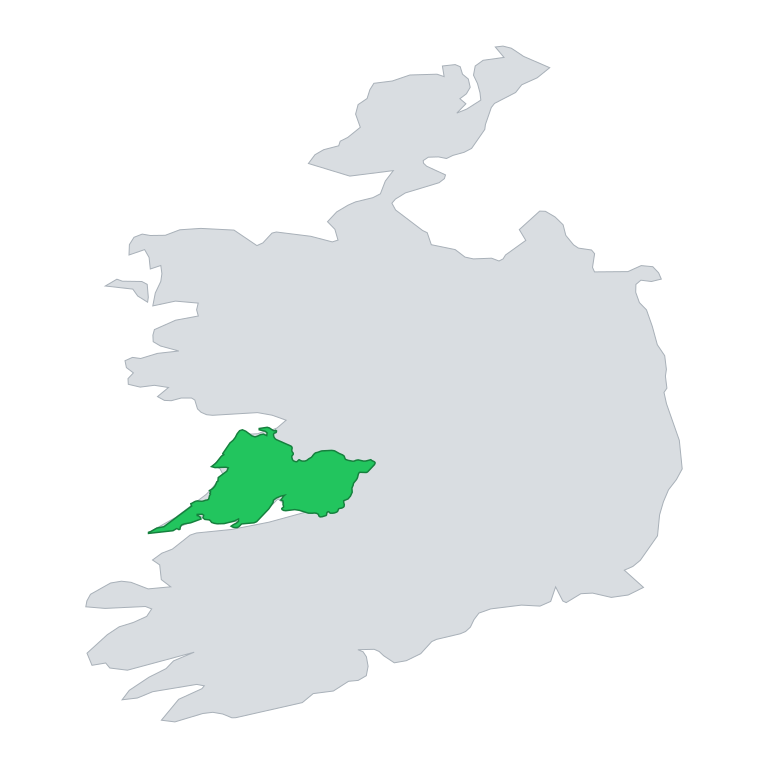 Ireland, with Clare highlighted
{"feature_id": "IRL-76", "entity_name": "Clare", "entity_type": "County", "adm_level": 1, "iso_a3": "IRL", "parent_name": "Ireland", "parent_adm1": "", "projection": "robinson", "projection_center": [-8.993, 52.861], "detail": "fine", "context": "in_parent", "style": "filled", "palette": "green", "viewbox_px": 768, "rotation_deg": 0, "n_neighbors": 0, "source": "natural_earth", "source_scale": "10m", "svg_char_len": 7036}
<svg xmlns="http://www.w3.org/2000/svg" viewBox="0 0 768 768"><path d="M515.6,92.5L494.5,103.4L491.3,107.5L485.4,124.6L484.8,129.4L471.6,148.4L464.1,152.3L452.9,155.4L446.5,158.5L438.5,156.9L428.3,157.2L423.2,160.6L423.5,163.2L426.6,166.2L445.5,174.9L444.4,178.6L439.1,182.7L405.4,192.9L395.4,199.1L391.9,203.2L395.6,210.0L422.6,230.5L427.2,232.7L431.3,244.7L455.2,249.6L465.0,257.1L473.4,258.9L491.6,258.2L499.0,261.0L503.1,258.9L505.5,255.0L525.8,240.4L519.3,229.6L539.7,211.1L545.4,211.3L555.1,217.0L563.1,224.8L565.8,235.4L573.5,244.8L578.4,248.1L591.5,250.0L594.6,253.7L592.5,267.4L594.5,271.9L627.9,271.6L641.2,265.6L652.8,266.7L658.6,272.8L661.3,279.1L651.4,281.5L640.9,280.2L635.9,284.4L635.7,292.3L639.4,302.6L646.5,309.9L652.3,326.4L657.3,344.7L664.7,355.7L666.4,369.4L665.4,376.1L666.9,388.2L664.0,392.4L666.5,403.8L679.3,440.3L682.2,468.9L676.4,479.6L668.5,489.8L663.4,501.8L659.6,514.8L657.5,535.8L640.3,560.3L632.9,566.4L624.3,570.2L643.5,587.4L628.2,595.0L611.3,597.4L592.6,593.1L580.9,593.7L566.2,602.6L562.8,601.0L555.6,586.9L550.7,601.4L540.0,606.1L521.5,605.1L490.7,608.9L478.9,613.1L474.0,619.6L470.4,627.1L465.6,631.5L460.2,633.8L436.4,639.4L431.7,641.6L420.7,653.7L406.3,660.7L394.3,662.8L383.6,655.7L379.2,651.5L374.2,649.3L357.9,649.7L363.1,651.8L366.4,656.8L368.1,666.3L366.3,675.7L358.2,680.4L348.5,681.3L333.4,691.0L313.2,693.6L302.3,702.6L235.7,717.7L231.9,717.8L222.7,714.0L212.8,712.3L202.8,713.5L174.9,721.9L161.4,720.2L178.7,699.3L201.9,688.7L204.3,685.8L196.7,684.4L152.7,691.7L137.4,698.0L122.1,699.8L129.3,690.3L149.0,677.2L166.1,668.6L173.5,660.9L194.2,652.2L127.4,670.2L109.8,668.0L105.7,663.0L92.0,665.3L87.0,653.2L107.3,634.7L119.2,626.8L133.2,622.5L146.7,616.4L151.7,608.9L145.4,606.5L105.1,608.4L85.8,606.8L86.9,600.9L90.5,594.3L110.6,583.0L121.4,581.2L131.0,582.3L148.1,588.9L170.7,586.8L161.3,579.6L159.7,564.9L152.5,560.0L161.8,553.2L172.4,549.1L190.1,535.1L196.4,533.0L231.3,529.5L268.9,522.2L306.2,512.0L287.1,506.3L278.0,498.8L263.2,514.0L252.6,519.8L222.7,522.9L213.2,521.2L199.9,516.5L195.8,518.3L191.9,521.9L172.1,529.3L151.2,531.1L175.5,517.5L206.3,494.3L213.1,487.0L222.9,474.3L219.9,468.6L213.6,465.4L235.9,439.2L243.7,434.5L257.9,433.7L268.3,429.6L272.9,429.6L277.0,428.0L286.1,420.2L272.1,415.2L257.5,412.6L212.6,415.3L206.6,414.7L201.1,412.3L197.5,408.9L194.8,400.0L191.5,398.0L181.3,398.0L171.3,400.7L164.4,400.4L157.5,396.6L168.5,387.5L154.4,385.3L140.2,387.1L128.3,384.3L128.0,378.6L133.4,372.9L126.4,367.6L125.0,360.7L132.5,357.4L140.7,358.5L157.4,353.4L178.8,351.0L160.5,346.0L153.2,341.7L152.9,335.2L154.4,329.6L175.6,320.2L198.3,316.0L196.6,309.8L198.2,303.1L175.4,301.1L152.8,305.9L155.3,293.0L160.8,281.4L161.9,273.7L160.8,265.5L150.3,269.0L149.1,257.5L144.6,249.6L129.0,255.0L129.4,244.6L134.0,237.3L142.2,234.1L150.3,235.5L165.3,235.3L179.8,229.8L200.7,228.4L234.0,230.1L256.9,245.6L262.9,242.9L272.0,233.1L276.3,232.0L310.8,236.3L332.3,241.9L338.0,240.1L334.9,229.3L327.5,221.7L336.7,211.9L348.0,205.2L355.5,201.9L372.8,197.7L380.4,193.8L385.3,181.1L393.3,170.6L349.8,176.1L308.4,163.5L315.0,154.7L323.7,149.7L338.7,145.8L340.2,141.2L347.8,137.4L360.3,127.3L355.6,114.1L358.1,104.6L367.1,98.5L369.9,89.7L373.9,83.3L392.3,81.0L409.9,75.0L437.0,74.2L444.1,76.6L442.4,66.0L455.2,64.6L460.2,66.7L462.5,74.2L468.3,79.0L470.2,87.3L466.4,93.8L459.9,98.7L465.9,103.8L456.8,113.1L466.7,109.1L480.8,100.1L480.0,92.8L477.5,83.5L473.5,75.2L475.2,66.0L483.1,60.3L504.0,57.4L495.3,47.0L503.0,46.1L511.3,48.2L523.6,56.4L549.7,67.7L537.2,77.8L521.7,84.8L515.6,92.5ZM148.3,297.3L147.6,302.2L137.7,296.0L132.8,289.1L105.3,286.0L116.9,279.2L122.4,281.2L141.8,281.5L147.2,284.4L148.3,297.3Z" fill="#d9dde1" stroke="#a8b0b8" stroke-width="1"/><path d="M310.6,513.2L308.2,513.1L299.3,510.3L294.7,509.6L285.8,510.7L283.5,510.4L282.0,509.5L281.8,508.4L283.5,507.2L283.5,506.0L283.0,504.5L283.2,502.5L282.8,500.7L280.7,500.0L281.9,498.6L283.4,496.3L284.5,495.3L280.9,496.1L276.6,497.9L273.4,500.2L273.1,502.5L268.7,509.0L256.6,521.7L254.0,522.8L241.8,523.9L241.1,524.4L238.9,526.7L237.5,527.5L235.8,527.6L234.1,527.5L232.5,527.0L231.1,526.2L233.3,524.7L236.2,523.2L238.5,521.4L238.5,519.0L234.1,521.1L224.2,523.6L217.2,523.8L214.2,523.3L211.6,522.4L210.5,520.9L209.5,519.9L204.8,519.4L203.0,517.9L203.7,515.2L202.2,514.2L197.2,514.4L197.2,515.6L198.5,515.9L199.6,516.6L200.5,517.7L201.0,519.0L190.7,522.8L184.6,523.8L181.6,524.9L180.4,526.8L179.9,529.3L178.9,529.6L177.6,528.9L176.6,528.6L173.0,530.7L148.5,533.4L148.5,532.3L151.0,531.4L156.8,528.1L163.9,526.7L191.7,506.0L191.3,505.4L190.8,503.7L192.2,503.1L194.2,501.9L195.5,501.3L197.3,500.9L201.6,501.3L203.1,501.1L205.6,500.2L207.2,500.0L208.5,499.3L209.1,497.6L209.5,495.7L210.5,494.1L209.8,493.3L209.8,493.2L210.2,493.0L210.6,491.8L209.5,490.5L211.0,489.8L212.5,488.7L213.9,487.3L215.1,485.7L215.9,484.2L216.4,482.8L216.9,481.7L218.0,481.0L218.0,479.8L218.3,477.5L226.8,471.2L228.3,467.8L225.8,467.2L215.0,467.6L211.5,466.6L215.3,463.6L216.9,462.0L221.0,456.7L222.3,455.5L223.8,454.7L222.8,453.5L230.1,442.8L233.0,440.4L235.3,437.4L237.2,433.7L239.6,430.7L242.4,429.8L245.7,431.2L252.0,435.9L255.0,436.9L257.6,436.1L260.4,434.7L263.5,434.1L266.7,435.6L267.1,432.8L265.1,431.2L259.2,429.8L259.2,428.5L267.2,427.3L269.3,427.9L273.4,430.6L276.1,430.8L276.1,430.6L276.5,430.9L276.4,431.9L276.2,432.3L275.8,432.7L275.5,432.8L274.3,433.1L273.9,433.6L273.6,434.1L273.5,434.8L273.6,435.5L273.7,436.2L273.9,436.8L274.2,437.4L274.5,437.9L274.9,438.4L275.3,438.9L276.3,439.6L291.0,446.1L291.5,446.5L291.9,447.1L292.1,447.7L292.1,448.4L292.0,449.0L291.8,449.7L291.8,450.4L291.9,451.1L292.1,451.7L292.5,452.2L292.9,452.7L293.2,453.2L293.3,453.8L293.2,454.4L292.8,454.9L292.1,455.8L291.9,456.1L291.8,456.3L291.8,456.6L291.8,457.2L292.3,459.1L292.5,459.7L292.9,460.2L293.4,460.8L295.4,461.6L296.1,461.7L296.9,461.7L297.7,461.0L298.2,460.4L298.7,459.9L299.4,459.8L300.3,460.4L301.2,460.8L302.4,461.1L303.9,461.1L305.2,461.0L306.9,460.3L308.8,458.8L311.1,457.5L311.6,457.1L312.5,456.1L312.8,455.5L313.2,455.1L314.0,454.1L315.0,453.2L315.7,452.8L318.1,452.2L320.4,451.3L321.9,450.9L331.6,450.4L333.3,450.6L334.7,450.9L339.3,453.5L342.4,454.8L343.9,455.8L344.2,456.3L344.6,457.2L344.9,458.4L345.6,459.4L348.0,460.3L352.7,461.2L354.2,461.1L355.7,460.4L356.9,460.1L358.2,459.9L363.6,461.1L365.9,461.0L370.8,459.7L371.9,460.6L373.9,461.5L374.4,461.9L374.9,462.3L375.1,462.9L374.9,463.7L374.4,464.7L367.8,471.7L366.9,472.3L366.1,472.5L360.5,472.3L359.7,472.3L358.9,473.0L358.4,474.0L357.5,477.6L357.0,478.7L356.5,479.6L354.0,482.6L353.6,483.2L353.3,484.1L353.2,485.1L351.9,488.1L352.2,492.2L350.5,496.0L348.1,498.9L343.7,500.7L343.7,502.5L344.3,504.7L344.0,506.6L343.2,507.3L342.2,507.9L341.2,508.2L340.2,508.3L338.8,508.7L338.2,509.7L337.9,510.9L337.0,511.9L335.7,512.5L334.2,513.0L332.4,513.2L330.4,513.2L329.7,512.8L329.2,512.2L328.7,511.7L327.6,511.9L326.9,512.7L326.5,515.0L326.1,515.5L322.3,516.7L320.1,516.9L319.0,516.1L318.3,514.3L316.6,513.3L314.5,513.0L312.5,513.2L312.4,513.2L310.6,513.2Z" fill="#22c55e" stroke="#15803d" stroke-width="1.5"/></svg>